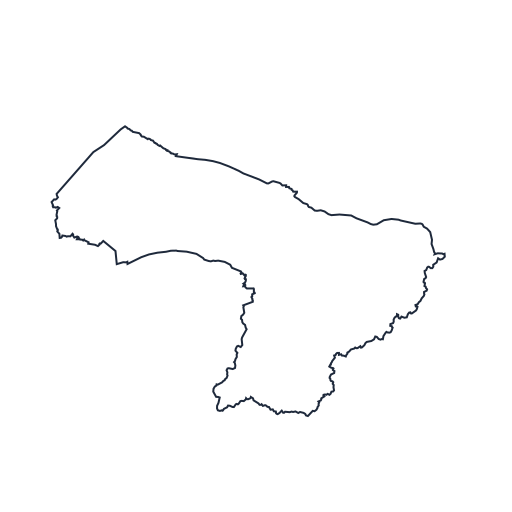 Selwyn District, Canterbury, New Zealand (Robinson projection), rotated 159°
{"feature_id": "76426892B38400120345954", "entity_name": "Selwyn District", "entity_type": "district", "adm_level": 2, "iso_a3": "NZL", "parent_name": "New Zealand", "parent_adm1": "Canterbury", "projection": "robinson", "projection_center": [171.861, -43.322], "detail": "fine", "context": "isolated", "style": "outline", "palette": "slate", "viewbox_px": 512, "rotation_deg": 159, "n_neighbors": 0, "source": "geoboundaries", "source_scale": "gbopen_adm2", "svg_char_len": 6112}
<svg xmlns="http://www.w3.org/2000/svg" viewBox="0 0 512 512"><g transform="rotate(159 256 256)"><path d="M79.2,190.5L80.4,190.5L81.3,191.6L85.4,193.4L88.6,193.6L88.1,194.1L88.0,195.1L88.3,195.8L87.9,198.9L87.8,204.3L85.9,208.0L84.8,215.9L86.5,220.3L88.9,223.2L89.2,225.7L89.7,226.6L91.0,227.5L95.7,229.0L108.2,237.3L109.9,238.8L116.2,242.0L123.9,243.6L131.8,242.3L135.3,243.2L137.4,244.7L139.8,247.4L148.7,255.2L152.6,259.7L163.2,264.8L170.9,267.1L173.4,269.1L176.0,273.0L179.2,275.5L182.8,276.3L184.9,277.4L187.0,281.3L189.1,282.8L189.4,283.7L189.4,285.4L189.9,286.2L192.9,288.5L195.8,293.8L198.5,297.1L198.8,298.0L198.4,298.7L195.1,300.5L194.7,301.4L198.2,302.7L198.3,304.1L199.0,305.0L198.8,305.9L200.6,307.3L200.5,308.7L203.2,309.7L202.5,311.2L206.1,312.4L207.1,314.9L208.0,315.9L213.0,319.6L214.3,319.8L218.4,319.3L219.8,319.9L225.7,326.4L238.2,337.6L241.5,341.6L249.1,349.3L256.4,355.8L262.2,360.0L269.0,364.0L275.6,367.2L295.0,377.9L293.5,379.4L295.6,379.9L297.0,381.5L298.4,382.1L298.8,382.7L298.6,383.1L299.7,384.8L301.3,386.1L300.9,386.6L302.0,387.2L302.1,388.2L303.9,389.8L305.9,393.5L306.6,393.3L308.0,395.0L308.3,396.2L309.0,396.6L309.3,397.6L310.2,398.0L310.8,400.6L312.6,401.9L312.8,402.8L313.8,403.8L314.6,404.2L315.2,403.9L318.0,407.6L319.7,408.4L320.3,409.9L320.1,410.6L321.1,412.6L326.6,416.1L327.0,417.4L328.0,418.2L328.7,419.9L330.2,421.0L330.3,421.8L331.8,424.0L336.9,422.7L358.1,414.0L370.6,411.3L419.9,385.4L420.2,383.6L419.9,381.8L421.6,380.8L422.9,380.5L424.2,381.2L427.5,379.6L427.3,375.9L427.9,375.5L427.9,374.2L426.1,373.5L425.5,372.8L423.6,372.9L422.5,371.3L425.6,369.8L425.5,369.0L427.6,365.7L427.5,364.9L427.9,364.4L427.6,363.6L428.2,362.4L430.6,361.3L431.3,357.4L432.0,355.5L432.0,352.7L431.7,352.2L432.0,351.7L431.7,351.2L432.7,350.1L431.6,347.2L432.8,343.2L431.4,342.9L430.2,343.5L429.4,344.5L426.6,342.9L425.8,341.9L424.7,341.9L422.2,340.9L419.3,342.5L419.0,341.6L419.5,340.5L419.0,338.3L416.0,338.3L415.3,337.7L417.2,335.8L415.7,335.2L414.8,336.0L414.4,334.4L412.4,333.5L411.8,332.4L410.7,332.9L410.7,332.4L407.4,328.8L408.2,327.6L402.3,324.2L400.0,321.9L398.0,322.7L398.0,323.3L397.4,323.7L396.3,323.3L393.2,324.8L385.4,311.0L388.9,298.3L382.2,297.8L379.5,296.6L378.2,296.7L378.8,294.6L363.5,296.0L355.3,295.8L346.8,294.4L338.5,292.2L333.5,291.4L328.5,289.6L327.5,288.8L319.2,284.9L310.8,279.3L306.1,273.0L305.6,271.2L302.0,268.3L300.1,267.2L297.5,267.0L296.0,266.0L292.9,265.2L287.3,261.7L283.2,257.1L282.7,253.6L275.6,247.0L275.4,245.7L276.6,245.3L276.6,244.7L274.6,244.5L273.8,242.2L272.8,242.5L272.3,242.1L272.6,241.1L274.7,239.2L274.6,238.4L273.8,237.9L274.4,236.5L275.7,235.2L277.5,234.7L276.5,233.6L276.4,232.8L276.8,232.7L277.6,233.5L278.7,232.3L277.2,231.9L277.0,230.4L276.1,228.9L269.9,226.6L269.8,225.9L271.0,222.9L270.4,222.3L270.5,221.7L273.3,221.6L274.0,219.7L275.0,219.3L274.7,217.1L275.2,216.4L274.9,215.6L275.4,214.4L285.6,214.5L285.4,213.5L286.2,212.6L287.3,207.2L289.0,205.9L291.2,205.2L292.6,202.8L291.9,201.4L292.5,199.1L292.2,197.6L290.9,195.6L291.3,192.8L291.0,191.0L298.2,184.9L299.2,183.5L300.7,177.8L302.9,176.5L304.8,178.5L306.2,178.4L308.2,176.6L309.1,175.0L308.1,172.2L309.3,171.1L310.1,168.6L312.2,167.0L313.2,165.5L314.5,164.8L314.1,163.8L314.5,161.2L315.7,159.0L318.2,158.8L321.6,161.0L322.9,161.2L324.4,159.9L324.4,157.7L325.4,155.8L325.4,154.6L327.1,152.7L329.0,152.1L329.8,151.2L331.2,151.1L332.9,150.2L337.8,149.6L338.8,150.3L339.5,149.2L341.2,148.9L343.2,147.3L344.5,144.7L343.7,138.8L341.9,138.0L340.6,136.9L343.7,132.3L346.0,130.1L347.0,127.7L346.9,125.6L345.2,124.3L343.2,124.2L342.9,123.6L342.3,123.6L340.7,124.8L337.2,125.1L335.7,126.4L334.0,125.5L332.1,123.5L330.8,122.9L328.0,124.8L326.9,124.8L326.1,124.0L325.1,124.3L322.6,126.1L321.3,125.9L319.4,124.9L316.9,125.8L316.2,126.8L315.7,125.6L314.6,125.1L312.5,125.2L311.7,125.5L311.3,126.2L309.8,124.2L310.0,122.1L306.5,117.5L306.0,115.8L304.7,115.3L303.9,115.6L303.3,113.6L301.0,113.5L300.1,112.7L299.4,111.1L298.0,110.4L297.5,107.3L295.3,106.8L295.0,104.6L293.2,103.7L293.6,101.9L293.0,101.0L292.5,100.6L290.4,101.0L287.4,102.4L286.8,99.9L285.9,99.6L284.7,100.2L280.5,98.1L278.6,98.0L277.3,97.1L274.8,96.7L272.8,94.3L270.8,94.6L267.8,92.5L266.6,90.9L266.5,89.3L264.9,88.0L258.5,91.1L257.0,90.1L254.7,90.8L253.2,92.0L252.8,92.8L251.0,94.0L250.6,95.5L249.5,96.6L249.9,97.8L247.4,97.9L246.6,98.5L246.1,99.7L242.6,100.4L243.1,101.5L242.7,102.2L241.2,102.0L240.1,101.2L238.5,101.6L237.2,100.1L235.8,100.6L234.2,102.3L232.5,101.9L231.3,102.6L230.7,105.7L229.7,107.7L230.2,109.2L229.1,110.5L229.5,111.6L230.7,112.3L231.0,113.3L230.6,115.0L231.0,115.8L230.4,116.8L228.4,118.5L225.0,118.7L224.0,120.5L225.1,122.0L224.9,122.7L224.0,123.3L224.2,123.7L225.9,124.8L227.2,126.5L225.7,127.8L225.0,127.8L224.6,128.9L223.4,129.6L222.5,130.6L218.8,132.8L218.7,135.1L217.2,135.0L216.2,136.0L215.0,136.4L213.3,135.8L214.0,134.0L211.7,133.7L211.5,132.3L209.8,131.5L208.2,130.0L207.0,131.3L205.6,132.1L205.3,133.1L203.3,133.4L200.9,134.7L197.4,134.4L196.2,135.0L195.4,134.0L194.2,133.6L190.9,134.4L190.8,132.8L189.8,132.7L186.8,133.9L185.0,135.5L183.4,136.1L178.8,135.3L175.7,135.9L173.5,138.1L172.2,137.2L171.2,134.5L169.7,133.3L168.4,133.4L167.4,132.8L165.7,135.6L162.2,138.1L161.4,138.4L160.8,137.6L158.8,136.6L157.6,136.6L156.0,137.9L154.1,140.2L154.5,140.9L154.4,141.8L155.7,142.7L154.9,144.3L152.1,144.2L151.0,145.3L150.3,147.3L148.8,148.7L147.2,149.4L146.5,149.2L145.6,149.9L145.2,151.1L144.3,150.2L144.9,148.5L144.9,146.8L144.5,146.3L143.8,145.9L141.9,147.3L139.6,145.2L137.2,144.7L135.1,147.2L133.3,148.3L132.1,148.1L132.1,147.0L131.2,146.5L126.1,147.8L124.8,148.9L123.4,150.8L123.9,151.4L124.9,151.7L124.7,153.1L122.3,153.1L120.5,154.5L118.6,155.1L116.5,157.1L113.6,158.6L112.5,159.9L112.6,160.5L112.0,162.2L109.1,162.5L108.2,163.6L108.8,165.2L108.6,166.6L109.5,167.6L108.0,169.9L108.0,170.5L108.9,171.2L108.9,171.8L107.2,174.3L105.7,174.5L104.7,175.4L104.5,179.7L104.0,181.6L102.1,181.9L100.3,183.9L99.0,184.3L98.2,183.8L97.3,182.1L95.7,181.5L94.3,182.5L93.7,184.3L89.7,185.2L86.8,188.6L85.5,186.7L83.0,186.4L80.0,187.7L79.2,190.5Z" fill="none" stroke="#1e293b" stroke-width="2"/></g></svg>